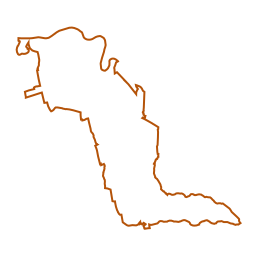 Tantareni, Gorj, Romania (Albers equal-area conic projection), rotated 86°
{"feature_id": "2599482B87643568907682", "entity_name": "Tantareni", "entity_type": "district", "adm_level": 2, "iso_a3": "ROU", "parent_name": "Romania", "parent_adm1": "Gorj", "projection": "albers", "projection_center": [23.539, 44.621], "detail": "fine", "context": "isolated", "style": "outline", "palette": "amber", "viewbox_px": 256, "rotation_deg": 86, "n_neighbors": 0, "source": "geoboundaries", "source_scale": "gbopen_adm2", "svg_char_len": 5766}
<svg xmlns="http://www.w3.org/2000/svg" viewBox="0 0 256 256"><g transform="rotate(86 128 128)"><path d="M221.7,139.8L224.8,136.0L225.2,135.2L225.5,134.4L225.5,133.5L225.2,130.5L225.7,126.7L225.5,125.9L225.1,124.8L224.1,123.8L224.9,123.3L224.6,122.5L223.8,122.7L223.2,123.1L222.5,122.4L222.9,122.4L224.0,121.7L225.1,120.7L223.7,119.0L225.2,117.1L225.7,117.5L225.8,118.3L226.3,118.7L226.5,119.2L227.2,119.3L227.7,119.0L228.1,118.9L228.4,118.6L229.4,118.7L229.7,118.3L229.4,115.2L229.4,113.3L227.1,113.6L225.7,113.6L226.2,112.4L226.3,111.3L225.3,105.7L225.2,105.2L223.5,103.4L223.2,102.7L223.1,101.8L223.4,100.3L224.0,99.0L224.1,96.5L224.1,95.4L223.7,94.7L223.3,92.9L223.4,92.0L223.4,91.5L224.1,89.5L224.5,88.8L224.7,86.5L225.0,85.1L225.2,84.4L225.0,83.0L224.8,82.7L224.8,82.1L224.1,80.3L223.8,78.9L223.9,77.7L224.2,77.0L226.1,73.6L227.1,72.9L228.2,72.6L228.9,71.9L229.7,70.3L230.0,68.9L230.0,66.7L229.5,64.6L229.4,64.7L228.8,63.6L227.7,62.9L226.7,61.2L226.3,59.9L226.3,58.8L226.0,58.5L225.5,56.2L225.7,55.1L226.5,54.3L227.0,53.2L228.1,52.3L228.3,51.9L228.5,51.4L228.8,51.1L229.0,50.6L229.1,50.0L229.3,49.7L229.6,48.5L229.3,47.7L229.2,46.7L228.3,46.1L227.6,45.0L227.5,43.5L227.6,42.6L227.4,41.4L227.6,40.8L228.5,39.0L228.7,36.7L228.7,35.9L228.8,35.3L230.3,32.4L230.5,31.6L230.8,30.0L231.2,29.6L231.6,28.6L231.7,28.3L232.1,27.7L232.0,27.2L231.8,25.9L232.0,24.6L230.7,22.4L229.2,23.5L228.1,23.7L226.8,23.5L226.2,23.8L224.0,25.7L219.0,30.4L216.4,31.7L215.3,32.5L209.9,38.7L209.9,39.0L210.1,39.9L209.6,40.9L209.5,41.4L209.4,42.7L209.6,44.1L209.5,44.4L208.9,45.6L207.8,46.7L207.3,47.2L206.5,47.5L205.6,48.5L203.7,50.0L202.9,51.0L202.7,52.8L202.3,54.2L202.1,54.7L202.4,55.7L202.3,56.3L200.8,57.9L200.3,58.7L199.6,59.5L199.5,59.9L199.3,60.9L199.1,61.7L199.4,64.0L199.6,64.5L199.7,65.1L199.5,65.8L199.6,66.1L199.4,66.7L198.9,67.1L198.5,68.0L198.4,69.6L198.5,70.0L199.9,71.3L200.3,72.2L200.5,73.2L201.0,74.3L200.7,75.5L199.5,76.0L199.0,76.3L197.8,77.6L197.1,78.8L197.0,79.5L197.1,80.3L196.6,82.5L196.6,84.0L196.8,84.8L197.5,85.9L197.8,87.9L197.6,89.1L196.8,90.4L196.5,91.2L196.4,92.2L196.7,92.9L197.5,93.4L196.8,94.0L195.8,94.6L195.9,95.0L195.4,95.2L194.2,96.4L193.8,96.5L193.6,97.2L191.4,99.3L189.2,99.0L188.5,99.3L186.6,99.6L182.9,101.4L180.8,102.6L180.0,103.6L179.2,104.3L179.0,104.2L178.7,104.2L175.1,105.3L171.9,104.8L170.3,104.8L166.9,103.8L166.3,103.9L165.6,104.7L164.9,104.3L164.9,103.7L163.7,103.5L162.4,102.7L162.1,102.8L161.7,102.6L160.8,101.7L161.0,101.2L160.9,101.0L158.8,100.1L158.8,99.7L158.6,99.7L157.2,99.7L156.1,99.5L156.0,100.2L153.7,100.4L148.4,100.4L147.1,99.7L145.5,99.5L139.5,98.8L134.2,98.3L131.6,98.4L131.3,98.0L129.3,97.7L126.2,102.0L125.6,102.9L125.1,103.5L122.3,107.7L120.2,111.0L119.1,113.0L118.5,112.3L118.8,111.7L118.8,110.3L118.6,110.2L117.9,110.2L117.2,109.8L116.9,110.5L115.8,111.6L115.1,111.3L114.9,111.4L114.8,111.6L113.9,112.0L113.6,111.9L113.4,112.1L113.0,112.0L112.8,111.7L112.8,111.4L112.1,111.4L111.7,111.1L111.1,111.2L108.6,110.8L93.1,109.1L91.9,110.5L89.9,111.3L89.0,111.8L88.0,112.6L87.4,113.4L86.1,116.1L85.7,117.1L87.2,116.9L89.8,115.4L90.9,116.3L92.4,117.0L92.6,117.3L94.8,117.5L84.3,124.6L80.9,127.6L80.9,127.4L71.6,135.1L72.7,137.4L68.2,137.4L67.2,137.6L66.5,137.4L64.8,136.5L61.7,135.3L61.2,134.5L61.3,134.4L60.8,133.3L60.6,133.4L59.0,135.1L58.5,135.8L57.9,137.0L57.7,138.0L57.7,139.1L58.1,140.2L58.6,141.1L59.1,141.5L59.9,141.9L61.6,141.9L64.2,142.2L67.0,143.8L68.1,145.0L69.2,146.8L69.2,147.4L68.9,148.4L68.2,149.7L67.8,150.1L67.0,150.6L62.0,150.8L61.3,150.7L56.2,149.0L50.4,146.7L47.8,146.0L45.4,145.0L43.7,144.5L38.9,144.8L36.9,145.7L36.4,146.1L34.9,148.2L34.4,149.1L34.3,149.9L34.5,152.0L35.0,153.8L36.7,157.2L37.0,158.2L37.2,159.4L37.2,160.7L37.0,162.1L36.8,162.8L36.1,164.2L35.0,165.4L34.4,165.8L29.5,167.2L29.0,167.7L28.3,168.7L26.7,170.4L25.9,171.6L24.5,174.6L23.9,177.0L23.9,179.6L26.2,189.7L27.5,192.4L30.9,197.8L32.3,200.4L32.6,201.5L32.8,203.5L32.7,204.4L32.5,205.4L31.5,209.5L31.2,211.1L31.7,217.4L31.7,220.0L31.1,228.2L30.7,231.0L33.3,231.2L33.5,231.1L33.8,230.1L34.3,229.9L34.7,230.0L38.3,231.9L38.4,232.0L38.6,232.4L40.2,233.1L42.1,233.6L44.5,233.4L46.7,232.5L47.2,231.9L47.4,231.3L47.3,230.6L46.4,228.6L46.8,226.9L46.8,225.5L46.4,223.9L45.4,222.2L44.2,221.6L43.0,221.7L42.2,222.1L42.1,222.6L41.6,222.6L40.0,223.8L39.6,223.9L37.3,222.5L35.7,221.3L37.2,221.4L41.0,220.5L41.9,220.0L44.0,218.0L45.0,215.7L45.9,212.9L48.3,212.4L53.6,211.8L54.9,211.9L57.2,212.4L59.1,212.5L60.4,213.1L61.5,213.8L62.5,213.7L62.7,214.1L64.0,213.7L64.2,214.7L73.2,213.7L79.8,212.7L79.8,213.0L80.0,213.9L80.0,214.6L80.2,215.8L80.1,216.6L80.6,218.2L81.1,219.0L82.6,218.8L83.4,223.3L83.5,224.0L84.7,228.3L88.7,227.9L89.4,227.7L90.6,227.8L86.6,211.5L97.1,209.7L96.9,206.9L100.8,206.1L104.4,204.6L106.0,203.5L105.9,203.0L104.9,201.2L103.0,199.5L102.5,198.8L102.5,198.2L102.6,196.8L103.7,192.3L104.1,191.6L104.9,188.7L104.8,188.2L105.4,185.1L106.5,181.4L109.1,174.2L111.9,174.4L116.3,174.3L116.3,173.1L117.3,173.0L116.9,170.8L116.0,169.0L115.8,168.1L115.7,167.1L120.4,166.4L126.0,165.4L128.5,165.2L129.5,164.8L131.1,163.5L132.7,162.9L133.3,162.8L134.3,163.0L134.8,162.9L137.3,161.9L140.2,161.3L140.8,161.0L141.6,160.8L141.9,160.6L141.9,160.0L142.2,159.9L142.4,159.6L143.4,161.9L146.5,160.9L148.3,160.5L154.3,159.8L162.1,158.4L161.7,157.6L163.2,157.4L162.2,154.6L163.3,154.2L163.5,153.9L164.7,153.9L165.3,154.3L167.1,154.3L167.7,154.6L168.6,154.8L169.7,155.4L170.3,155.4L170.9,155.8L171.8,155.8L174.1,156.3L176.2,155.5L177.2,155.3L178.2,154.8L180.0,154.8L182.0,155.1L184.2,154.9L186.4,155.1L186.9,152.7L188.2,149.7L199.9,148.6L200.3,147.1L200.3,146.1L201.8,146.0L205.7,145.5L209.3,144.6L210.8,143.9L211.3,143.9L212.0,143.4L212.9,143.1L213.1,142.8L214.0,142.0L214.0,140.6L221.7,139.8Z" fill="none" stroke="#b45309" stroke-width="2"/></g></svg>